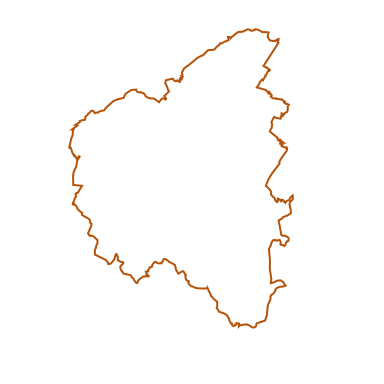 outline of Acultzingo, Veracruz, Mexico, rotated 347°
{"feature_id": "50627088B7660933321092", "entity_name": "Acultzingo", "entity_type": "district", "adm_level": 2, "iso_a3": "MEX", "parent_name": "Mexico", "parent_adm1": "Veracruz", "projection": "mercator", "projection_center": [-97.266, 18.708], "detail": "fine", "context": "isolated", "style": "outline", "palette": "amber", "viewbox_px": 384, "rotation_deg": 347, "n_neighbors": 0, "source": "geoboundaries", "source_scale": "gbopen_adm2", "svg_char_len": 5953}
<svg xmlns="http://www.w3.org/2000/svg" viewBox="0 0 384 384"><g transform="rotate(347 192 192)"><path d="M83.2,231.0L92.7,238.8L94.1,241.5L94.2,243.4L96.6,243.5L98.3,242.5L101.6,239.6L103.4,236.0L104.5,235.5L105.1,238.9L104.3,241.8L107.0,244.1L108.8,244.7L109.2,245.2L109.0,245.7L108.3,246.1L108.1,246.8L106.0,247.8L105.2,248.9L105.1,250.2L105.5,252.9L105.8,253.5L106.3,253.7L106.3,254.7L106.9,256.1L112.9,259.0L113.8,260.0L114.3,261.8L115.5,263.1L115.8,265.2L117.4,268.3L118.2,268.4L119.8,266.2L121.1,265.2L125.7,263.3L127.1,263.9L128.6,263.1L128.9,263.6L130.0,264.5L130.9,264.2L130.6,263.3L129.3,261.5L129.1,259.2L131.5,259.5L131.5,258.3L133.5,256.7L133.9,255.8L135.9,256.0L137.3,253.6L140.0,251.8L140.9,251.8L142.3,253.5L144.7,254.4L146.0,254.0L146.2,254.5L147.3,253.9L148.2,252.1L149.2,251.2L150.4,250.9L153.5,253.9L154.0,255.2L155.3,255.9L159.0,259.2L159.0,264.5L160.4,268.5L164.4,267.1L165.7,267.2L167.4,271.7L166.6,272.2L166.5,275.3L167.2,277.3L168.8,278.2L167.9,280.3L170.1,283.7L171.0,283.9L173.0,285.7L175.4,286.9L181.1,288.6L185.2,289.3L185.5,288.8L186.1,292.4L186.9,294.7L187.1,297.5L188.5,299.4L188.8,300.6L191.9,304.7L190.7,309.6L190.0,310.3L191.4,314.6L193.3,316.0L194.7,316.6L197.9,319.3L198.7,321.2L198.8,322.1L199.5,323.4L199.5,325.6L200.3,328.2L201.4,329.3L200.8,330.2L202.1,331.8L203.9,331.8L204.2,330.8L205.4,331.1L206.0,329.7L208.3,330.8L207.5,333.4L208.8,332.5L209.8,332.9L211.7,332.7L214.9,333.3L215.3,333.1L218.6,335.6L219.0,336.3L220.4,337.5L221.8,338.0L223.6,337.6L224.5,336.6L225.1,335.0L225.9,334.5L234.3,333.7L237.4,328.6L239.9,320.6L242.2,316.7L243.7,315.2L244.4,313.9L244.9,311.7L245.9,310.2L247.1,309.9L249.3,308.7L250.1,307.7L251.0,307.0L251.5,305.6L253.2,304.6L256.9,304.1L258.4,304.6L262.1,304.4L260.5,300.2L258.4,298.0L254.9,297.5L251.8,298.4L248.3,298.5L249.7,294.8L250.5,284.5L252.7,275.4L254.1,264.9L256.8,261.6L258.3,258.9L260.3,257.2L261.8,257.2L262.2,257.9L263.1,258.4L263.9,258.1L264.4,258.5L266.6,258.4L267.2,260.7L266.4,263.2L268.7,264.3L269.9,265.5L271.0,264.7L272.0,262.9L272.8,262.4L273.1,261.4L274.8,261.5L275.8,259.2L275.6,258.1L272.7,255.3L270.9,255.2L269.4,254.2L270.0,239.1L273.3,238.3L275.4,236.9L280.0,236.3L283.5,234.9L284.3,230.9L284.0,228.3L284.4,227.5L284.2,225.8L285.6,223.4L287.0,222.9L288.7,221.6L289.3,218.1L287.3,219.0L284.7,221.7L282.1,222.0L280.6,223.5L280.3,222.6L279.5,222.4L279.4,221.1L279.1,220.5L277.7,219.8L277.0,221.2L276.7,221.2L275.7,218.8L274.8,219.0L274.2,217.7L273.8,218.0L273.3,220.5L272.8,221.0L272.3,220.7L271.3,219.0L271.0,216.1L270.2,215.4L268.4,212.2L269.1,209.9L268.9,208.4L267.4,205.8L267.0,204.7L265.3,202.7L269.7,196.4L274.6,191.5L283.7,184.0L283.8,182.4L285.7,180.1L293.6,173.1L294.5,170.8L293.9,170.6L294.0,169.8L293.4,169.9L291.0,168.5L289.6,167.2L290.2,166.4L291.1,166.1L291.0,165.3L290.6,165.1L289.6,165.5L288.6,164.7L288.9,164.3L289.8,164.6L289.8,163.8L289.4,163.8L289.4,163.3L292.1,164.3L291.3,163.3L290.3,162.8L290.3,162.0L289.5,160.6L289.0,160.9L289.1,161.8L288.5,161.8L287.8,161.2L287.2,159.5L287.7,158.6L281.5,150.6L282.8,148.5L284.0,147.6L285.1,144.8L285.3,143.4L285.0,141.9L288.6,137.6L289.2,137.3L290.4,138.6L294.8,140.5L295.8,138.3L296.3,138.3L296.4,138.6L297.7,138.1L297.4,137.5L296.6,137.3L297.0,135.6L298.5,137.2L299.7,136.7L299.8,136.1L303.0,135.2L304.0,132.4L304.5,130.3L306.0,128.7L304.4,127.5L303.5,127.4L302.4,126.2L302.8,126.1L302.1,125.2L302.7,124.6L300.3,122.4L300.4,122.0L298.0,121.3L296.5,120.4L295.0,120.2L294.7,119.5L293.6,119.5L291.6,118.7L291.2,117.8L290.6,117.5L290.2,116.7L291.4,115.6L290.2,113.9L290.5,113.6L290.2,113.1L289.7,113.7L288.7,113.1L289.8,112.2L289.5,111.4L287.6,111.0L287.0,109.2L278.7,104.7L280.7,102.9L283.3,99.8L285.4,98.2L286.3,99.2L287.9,97.2L289.4,96.3L289.5,95.4L289.8,95.6L292.9,91.6L293.7,90.9L294.4,91.5L295.3,90.6L294.6,90.1L294.8,89.9L292.7,87.4L292.5,87.6L290.0,85.3L309.5,66.4L309.8,66.1L309.2,65.6L309.3,64.9L310.0,63.7L310.5,63.5L310.8,62.3L310.1,62.2L308.9,63.4L308.2,63.0L307.1,63.7L306.3,63.1L305.4,63.3L301.9,61.7L300.6,57.7L302.5,53.8L301.1,53.1L299.3,52.9L298.6,52.3L296.4,52.1L294.8,50.3L291.5,48.0L289.7,47.7L289.4,48.4L286.0,48.3L284.6,46.7L282.7,46.0L277.8,47.2L276.4,46.9L275.8,47.2L275.4,46.8L273.0,46.5L269.8,47.9L269.0,48.0L268.8,48.5L264.7,50.3L264.2,50.9L263.3,49.3L261.9,49.1L261.9,52.2L258.8,52.9L258.0,52.7L254.5,53.8L253.7,53.8L253.0,53.3L251.2,55.1L250.7,55.0L248.1,56.5L246.2,58.0L244.6,58.2L239.9,57.4L238.8,57.8L233.5,61.3L231.9,61.3L227.4,62.6L217.6,67.5L213.7,69.0L211.9,70.0L209.0,73.3L209.1,75.6L208.8,76.3L208.0,76.3L208.8,77.5L207.1,78.1L208.0,78.8L207.2,79.9L206.5,79.0L205.7,78.9L205.1,81.9L204.4,82.0L203.0,79.9L201.8,80.4L200.8,80.4L199.3,78.8L198.7,77.2L191.8,77.2L190.4,79.7L191.4,83.7L191.7,87.6L192.3,88.8L186.5,92.3L187.7,94.8L187.5,95.8L186.9,95.9L185.9,94.4L185.1,94.6L183.6,94.2L180.1,97.1L176.2,92.7L175.1,92.0L172.6,91.5L170.0,90.0L168.3,88.2L168.2,86.9L166.9,84.7L165.1,83.9L164.6,83.1L164.1,82.9L163.3,83.2L162.0,82.7L161.1,81.6L160.5,79.6L159.6,79.7L158.5,79.2L155.5,79.1L149.8,81.2L148.0,82.8L146.6,84.9L140.1,84.9L135.6,85.9L127.4,90.4L124.8,92.6L120.3,92.7L118.5,93.1L118.1,93.5L115.5,92.9L115.0,93.3L113.8,90.4L111.8,90.4L110.1,91.7L108.5,92.3L107.7,93.3L106.4,93.8L104.9,94.9L104.2,97.5L98.7,97.4L98.4,98.7L93.3,100.5L95.0,101.6L89.1,104.1L90.6,104.5L89.5,106.1L88.6,109.6L86.2,113.1L82.5,120.9L83.0,121.1L82.9,121.6L83.8,121.6L84.3,126.9L85.3,130.3L85.8,129.8L87.2,133.7L90.0,131.7L90.5,132.3L88.2,134.4L86.8,136.4L85.0,141.1L82.4,144.2L80.6,147.2L79.6,150.2L77.9,158.4L86.2,161.2L80.6,167.1L79.4,166.9L78.1,167.6L77.9,168.2L78.3,170.0L76.0,172.0L75.9,172.9L73.2,176.3L73.2,176.6L74.4,176.6L74.5,176.8L73.8,177.7L74.5,177.9L75.7,178.9L76.6,181.0L76.6,182.6L79.0,186.4L80.3,187.6L79.6,189.4L82.1,192.0L84.3,193.8L86.1,195.9L86.0,199.6L86.9,200.3L86.4,202.1L81.4,208.9L82.5,211.8L83.5,211.7L85.1,212.4L86.5,213.7L89.1,217.6L88.2,221.0L86.9,222.3L85.8,224.7L84.1,227.1L83.9,229.1L83.2,231.0Z" fill="none" stroke="#b45309" stroke-width="2"/></g></svg>